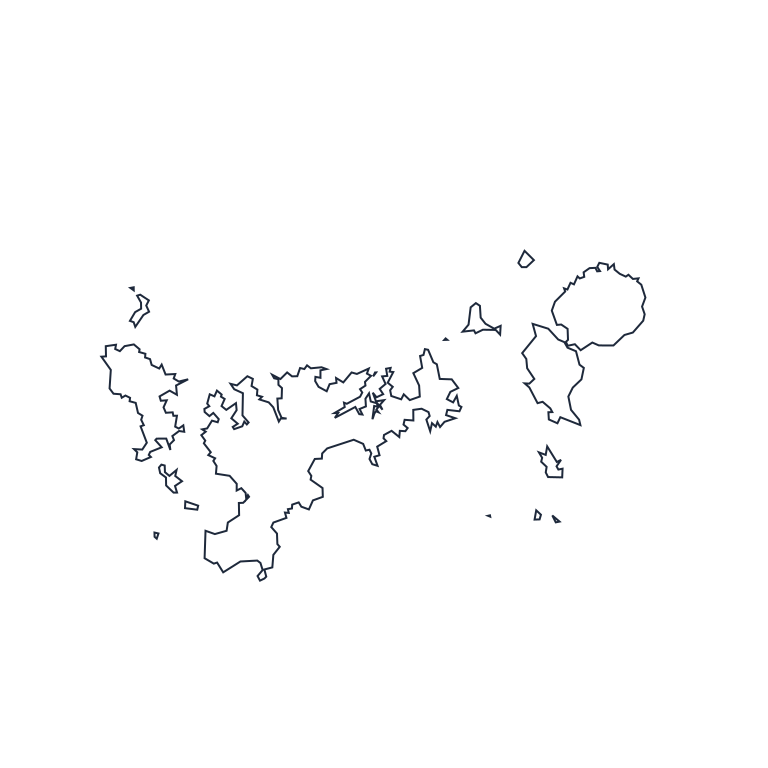 the district of Waiheke Local Board Area, Auckland, New Zealand, rotated 152°
{"feature_id": "76426892B70848202071782", "entity_name": "Waiheke Local Board Area", "entity_type": "district", "adm_level": 2, "iso_a3": "NZL", "parent_name": "New Zealand", "parent_adm1": "Auckland", "projection": "albers", "projection_center": [175.058, -36.805], "detail": "fine", "context": "isolated", "style": "outline", "palette": "slate", "viewbox_px": 768, "rotation_deg": 152, "n_neighbors": 0, "source": "geoboundaries", "source_scale": "gbopen_adm2", "svg_char_len": 6182}
<svg xmlns="http://www.w3.org/2000/svg" viewBox="0 0 768 768"><g transform="rotate(152 384 384)"><path d="M399.8,394.8L391.6,397.3L394.2,401.2L390.2,404.8L403.2,405.6L407.2,409.4L419.2,404.5L423.5,411.8L425.4,407.3L432.1,409.4L438.0,404.5L443.1,412.2L443.4,418.9L441.2,422.5L437.2,419.3L433.7,425.9L427.8,424.2L431.3,428.1L441.2,432.2L443.2,436.6L447.3,434.6L450.6,437.5L456.9,431.6L461.6,433.9L464.1,439.7L473.1,437.0L478.4,444.7L478.3,440.6L475.0,437.8L477.6,432.8L476.0,428.3L481.1,419.4L485.0,421.2L489.7,410.7L490.3,402.2L486.2,399.2L491.4,402.0L494.5,400.2L492.7,415.4L494.4,421.9L501.3,428.9L497.7,430.0L501.5,433.7L498.4,438.5L501.9,444.4L497.4,450.1L501.0,455.0L514.5,451.8L519.4,456.2L518.7,449.7L512.9,442.1L523.7,422.7L521.6,413.6L524.1,412.7L525.0,416.4L529.0,413.2L537.5,414.5L537.7,417.1L531.8,417.6L534.9,425.4L526.4,430.1L523.7,436.6L535.4,435.2L537.8,440.8L531.7,445.6L533.9,449.4L532.3,450.9L534.6,456.6L539.5,452.7L542.7,456.7L549.3,449.7L548.7,446.4L554.3,446.3L555.5,443.5L553.2,437.6L548.3,438.6L546.4,430.6L548.8,428.3L553.1,432.4L561.0,427.8L565.8,429.3L563.8,425.6L569.3,424.6L568.4,417.9L570.9,416.2L569.0,405.1L572.5,403.7L568.0,397.7L570.8,396.2L570.3,390.2L574.5,383.7L563.4,375.4L560.9,365.0L564.1,359.1L558.9,359.0L557.3,352.8L559.5,347.4L556.3,349.8L556.1,347.8L564.1,345.2L568.0,347.1L573.5,336.2L586.9,335.0L591.9,328.3L603.8,330.9L610.5,338.2L624.2,314.4L618.6,305.3L615.2,304.7L614.4,293.2L594.1,294.7L578.8,287.6L577.1,284.0L578.5,276.7L585.8,273.8L585.8,268.6L580.9,268.4L578.4,269.2L576.7,276.4L568.7,274.5L561.9,285.1L552.5,289.2L553.3,292.7L548.7,302.2L550.7,310.6L546.7,313.6L533.0,311.6L531.8,317.0L528.6,314.9L527.6,318.6L523.7,317.3L521.7,320.6L514.9,319.5L514.6,314.5L509.2,308.5L501.4,314.6L491.0,313.1L487.1,321.0L493.7,334.0L491.3,337.0L491.8,342.7L480.3,350.3L473.9,347.3L471.2,351.7L464.4,353.8L436.9,349.0L430.5,340.9L431.3,333.8L427.7,332.8L427.8,328.7L432.0,324.6L432.0,318.7L428.1,314.8L426.7,324.3L421.4,323.2L419.4,331.9L408.8,332.5L409.9,336.3L407.9,339.0L399.3,339.1L395.4,330.0L392.0,335.2L387.3,332.3L383.8,334.0L385.8,339.0L382.6,342.7L375.2,338.0L370.3,347.4L362.4,344.5L357.9,338.3L358.7,334.3L363.3,332.7L365.4,320.6L360.0,326.9L358.3,322.0L354.7,325.3L354.7,319.7L348.3,322.2L337.1,320.3L343.8,327.4L340.2,331.4L330.2,324.5L326.4,327.4L328.0,329.9L325.3,339.4L331.6,335.3L335.6,341.2L329.1,345.9L320.3,345.6L322.0,356.3L332.4,362.3L328.1,376.6L330.2,380.0L329.0,393.5L331.5,395.6L335.5,391.1L339.0,391.8L342.7,380.3L353.0,379.8L353.7,366.2L358.3,356.1L368.8,357.7L371.4,365.6L376.0,362.4L383.2,370.0L381.5,375.6L377.6,377.4L380.1,383.4L370.2,390.2L373.2,392.3L370.6,395.1L375.0,396.5L377.3,389.6L382.1,391.6L382.6,383.3L390.1,381.7L389.5,375.4L396.8,375.8L398.0,381.6L399.2,372.5L391.5,369.7L397.4,367.5L397.4,362.0L398.7,368.7L400.0,366.2L402.7,365.0L402.1,361.6L403.9,363.7L406.4,362.4L409.8,359.1L410.3,358.8L410.7,358.4L410.8,358.3L403.0,369.2L400.3,366.9L399.3,370.3L403.9,374.8L401.6,382.8L407.3,379.7L410.5,372.7L417.3,373.4L417.4,367.2L420.0,369.0L420.1,377.2L443.3,377.2L438.1,379.9L441.4,381.6L429.5,382.1L428.1,386.3L426.1,384.0L411.1,384.0L407.2,386.7L407.6,390.7L401.1,391.3L399.8,394.8ZM163.3,310.3L148.7,314.4L140.1,312.6L125.4,318.2L121.1,323.2L119.8,331.2L112.6,337.6L110.2,350.9L112.3,355.8L109.7,357.8L114.9,359.9L116.9,365.7L120.1,365.3L124.1,370.6L126.7,376.8L124.8,381.9L132.3,380.1L130.4,384.4L137.0,389.9L140.7,387.3L140.3,382.3L142.9,383.4L142.8,387.3L148.1,389.8L155.3,388.9L156.9,384.6L161.6,385.3L162.6,388.2L169.5,382.8L171.8,385.8L177.7,381.3L180.1,383.9L180.6,380.6L194.4,376.4L201.4,370.0L203.6,355.0L199.6,353.3L196.0,346.5L200.8,336.6L203.6,335.8L203.8,331.5L196.8,329.5L194.5,321.5L180.6,322.8L176.2,317.2L163.3,310.3ZM601.9,438.0L603.6,426.0L601.7,431.2L595.8,433.0L595.3,437.4L587.0,438.7L582.8,435.6L580.6,441.7L586.1,441.0L588.4,444.4L581.7,453.2L584.9,454.8L583.9,458.2L590.1,461.0L589.6,466.9L583.5,471.6L588.9,474.0L588.0,478.4L576.4,478.8L571.9,471.7L568.3,480.3L554.7,480.1L564.0,482.5L567.1,487.6L563.6,490.8L572.4,494.9L571.2,505.5L575.2,503.2L580.2,509.9L578.9,515.8L582.5,519.6L580.5,522.7L585.2,527.2L583.5,529.4L586.3,536.4L595.3,539.2L601.8,537.0L604.9,541.1L602.2,544.5L611.9,548.0L616.5,538.9L620.7,540.8L618.6,524.7L628.4,508.9L627.4,502.4L621.4,498.6L622.0,495.0L617.7,495.2L614.7,491.0L616.7,488.2L612.1,483.9L614.8,473.9L612.1,469.4L615.2,466.4L615.4,460.4L618.8,460.9L621.0,443.5L628.2,439.6L635.3,443.9L633.9,439.5L638.2,433.9L634.1,429.8L624.1,429.0L625.0,431.8L622.3,433.8L610.0,432.5L612.3,441.8L610.4,442.5L601.9,438.0ZM243.9,271.9L229.9,255.5L228.5,260.9L231.0,273.4L227.1,286.4L219.0,292.2L207.5,295.4L200.0,304.4L202.3,309.3L199.1,322.8L204.9,329.9L205.1,336.3L209.3,341.5L213.0,355.7L224.5,367.3L227.3,354.9L247.5,346.4L246.6,339.3L250.2,330.7L248.9,317.9L255.5,316.1L259.5,318.5L257.3,312.7L257.4,295.0L252.3,293.8L248.6,284.4L248.6,280.2L252.1,281.9L255.1,275.3L249.3,267.9L243.9,271.9ZM260.0,379.3L258.3,373.1L253.7,380.6L260.7,381.1L266.1,389.5L267.5,397.2L262.6,408.0L264.9,412.3L271.5,411.0L281.5,396.7L290.0,393.3L279.4,389.1L279.4,385.8L271.2,385.5L260.0,379.3ZM270.5,217.9L266.1,225.4L270.2,226.6L270.3,230.3L263.3,233.9L268.0,234.0L269.2,252.3L274.5,245.5L279.3,250.9L279.0,244.6L281.7,241.6L279.3,234.5L282.7,230.0L282.8,224.8L270.5,217.9ZM576.8,551.2L564.0,557.9L557.5,558.1L557.1,564.9L552.4,568.2L557.3,577.3L560.5,577.9L560.3,570.0L563.1,564.5L570.0,564.3L578.7,559.0L576.0,556.1L576.8,551.2ZM624.0,396.7L620.8,386.9L617.7,385.3L616.4,392.1L608.0,393.0L611.5,400.8L607.5,405.5L616.6,403.6L618.8,409.0L615.9,415.0L618.4,417.3L621.9,415.9L623.5,410.3L620.4,403.8L624.0,396.7ZM203.4,420.3L193.5,423.0L197.4,435.6L208.5,427.8L207.5,422.5L203.4,420.3ZM618.0,367.8L607.9,360.7L605.2,363.8L614.5,373.7L618.0,367.8ZM310.2,191.4L306.8,194.9L308.9,201.0L314.7,193.6L310.2,191.4ZM657.3,354.1L653.3,357.9L656.4,360.6L658.3,356.8L657.3,354.1ZM297.3,181.2L293.6,180.1L297.1,188.9L297.3,181.2ZM559.6,586.9L562.8,587.9L561.0,584.2L559.6,586.9ZM310.1,394.6L307.4,393.3L308.2,395.3L310.1,394.6ZM354.0,218.8L352.5,217.0L352.1,218.3L354.0,218.8ZM386.5,398.4L390.0,395.8L385.5,397.9L386.5,398.4Z" fill="none" stroke="#1e293b" stroke-width="2"/></g></svg>